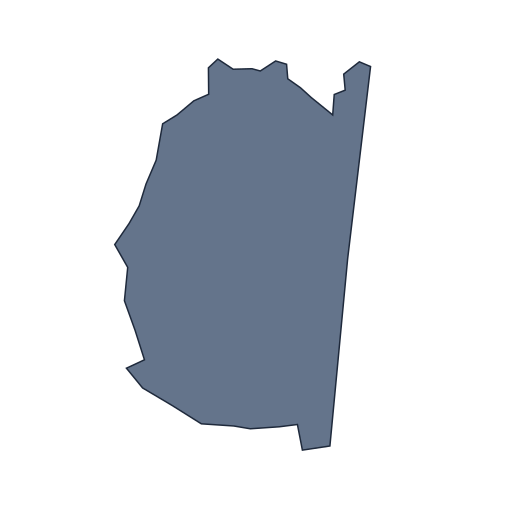 Syrianochori, Cyprus (Robinson projection), rotated 169°
{"feature_id": "46923920B17336171931984", "entity_name": "Syrianochori", "entity_type": "district", "adm_level": 2, "iso_a3": "CYP", "parent_name": "Cyprus", "parent_adm1": "", "projection": "robinson", "projection_center": [32.933, 35.219], "detail": "fine", "context": "isolated", "style": "filled", "palette": "slate", "viewbox_px": 512, "rotation_deg": 169, "n_neighbors": 0, "source": "geoboundaries", "source_scale": "gbopen_adm2", "svg_char_len": 669}
<svg xmlns="http://www.w3.org/2000/svg" viewBox="0 0 512 512"><g transform="rotate(169 256 256)"><path d="M117.5,426.9L135.2,417.8L136.8,401.8L148.4,399.6L153.8,379.8L163.9,391.9L171.6,401.1L180.1,412.5L191.0,423.9L189.4,438.4L199.5,443.7L216.5,436.8L224.2,440.6L242.8,443.7L255.9,456.6L266.8,449.8L271.6,423.8L287.4,420.2L306.7,409.5L322.4,403.6L335.7,369.1L350.2,347.7L361.1,327.5L374.4,312.1L392.5,294.2L384.1,269.3L393.7,237.2L388.9,206.3L385.3,175.4L404.6,170.6L392.5,148.1L367.1,125.5L341.7,101.7L310.3,93.4L294.6,87.5L265.6,83.9L247.5,82.7L247.5,56.6L219.7,55.4L166.5,236.0L107.4,420.1L117.5,426.9Z" fill="#64748b" stroke="#1e293b" stroke-width="1.5"/></g></svg>